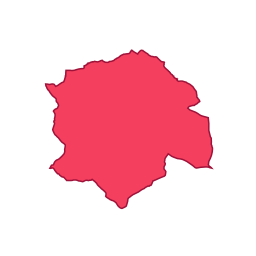 Merghindeal, Sibiu, Romania (Robinson projection), rotated 19°
{"feature_id": "2599482B74262616140775", "entity_name": "Merghindeal", "entity_type": "district", "adm_level": 2, "iso_a3": "ROU", "parent_name": "Romania", "parent_adm1": "Sibiu", "projection": "robinson", "projection_center": [24.738, 45.982], "detail": "fine", "context": "isolated", "style": "filled", "palette": "rose", "viewbox_px": 256, "rotation_deg": 19, "n_neighbors": 0, "source": "geoboundaries", "source_scale": "gbopen_adm2", "svg_char_len": 5682}
<svg xmlns="http://www.w3.org/2000/svg" viewBox="0 0 256 256"><g transform="rotate(19 128 128)"><path d="M87.2,197.6L87.6,197.4L89.6,196.8L91.7,196.0L92.5,195.6L93.4,194.9L95.5,194.2L96.4,194.0L98.7,194.1L99.9,193.8L102.0,193.6L102.7,193.5L103.3,193.0L104.4,191.8L105.2,191.2L106.1,190.8L106.9,190.7L107.5,190.7L107.8,190.6L108.6,190.0L110.2,189.3L110.4,189.0L110.5,188.5L111.0,188.2L111.9,188.7L114.1,189.4L114.8,189.8L116.5,190.6L117.4,191.5L118.8,192.3L121.6,193.5L122.7,194.2L123.5,194.3L126.6,195.6L128.0,196.4L128.3,196.7L128.7,197.5L129.1,199.1L129.1,199.8L129.7,200.2L130.5,200.5L133.3,201.2L133.9,201.3L134.5,201.6L135.2,201.5L136.1,201.7L137.4,201.6L138.4,201.7L141.0,202.5L141.4,202.9L142.8,204.0L143.6,204.7L145.1,205.5L146.1,205.9L147.5,206.1L148.4,206.0L148.8,205.7L151.0,203.5L151.5,202.9L151.8,202.2L151.6,198.4L151.5,197.2L151.2,196.0L151.0,194.9L151.1,194.5L151.6,193.5L152.5,192.2L152.9,191.5L154.4,189.4L158.9,184.9L159.1,184.5L160.5,182.6L160.7,182.3L161.0,181.9L162.5,180.4L163.0,180.0L163.8,178.5L165.0,177.3L165.5,176.6L166.1,176.3L166.9,176.2L167.3,175.3L167.7,175.1L168.2,174.9L168.4,174.7L168.7,173.0L168.8,170.3L168.9,169.7L169.5,169.5L170.0,168.9L170.9,168.2L171.9,167.2L173.9,165.3L175.4,164.0L177.2,162.4L177.8,162.0L178.6,160.7L178.5,159.5L178.0,157.0L177.8,156.7L176.6,155.8L175.9,155.5L175.2,154.6L175.1,154.1L174.7,153.0L174.8,152.1L175.0,151.2L175.0,150.4L174.9,149.9L174.7,149.3L173.6,148.4L173.5,148.2L173.3,146.5L173.0,145.4L173.0,144.6L173.5,142.5L174.2,140.4L174.4,139.3L174.6,139.3L175.4,139.6L178.5,140.5L180.6,140.7L184.7,140.8L187.0,140.3L189.1,140.0L190.5,140.0L193.2,140.3L194.6,140.5L200.1,142.0L201.9,142.6L204.4,143.6L205.1,143.6L205.9,143.5L209.5,141.5L214.4,139.4L216.7,138.8L217.2,138.8L217.8,138.9L220.2,138.7L219.7,138.4L218.6,138.0L216.8,137.5L216.5,137.0L216.3,136.8L215.9,136.6L215.7,135.2L215.3,133.6L215.4,132.2L215.7,129.9L215.8,126.5L215.6,124.9L215.4,123.0L214.7,120.2L214.3,119.3L213.2,117.9L213.0,117.4L212.4,116.7L212.0,116.3L211.3,113.8L210.3,111.4L210.1,110.7L209.9,110.4L208.7,109.4L205.2,104.0L202.9,97.3L200.5,92.1L194.7,92.5L193.3,92.5L191.7,92.3L189.0,91.5L187.7,91.3L186.9,91.1L180.6,90.8L178.9,90.1L178.1,89.9L178.2,89.1L178.5,88.4L179.0,87.6L181.3,86.0L181.7,85.6L182.0,85.6L182.3,85.4L182.8,85.3L183.1,85.2L183.4,85.0L183.6,84.7L183.7,84.4L184.1,83.8L185.4,82.5L185.6,82.0L185.9,81.5L186.1,80.9L186.3,80.6L187.0,80.0L187.2,79.6L187.2,79.4L185.9,78.1L184.3,77.3L184.0,76.9L183.9,76.7L183.1,76.5L183.0,76.4L182.4,74.5L182.0,74.0L181.8,73.5L181.6,73.2L180.9,71.7L180.2,70.9L178.4,69.8L176.0,67.9L174.2,67.2L172.1,66.5L169.4,66.2L168.6,66.0L167.9,65.7L166.8,65.9L164.8,65.9L164.0,66.0L162.7,66.4L161.5,66.9L160.7,67.4L160.4,67.4L158.7,66.8L158.5,66.6L158.8,66.0L158.8,65.8L158.8,65.7L158.3,65.7L158.1,65.4L157.4,65.8L156.9,65.7L156.5,65.5L155.7,65.5L155.4,65.4L155.4,65.2L155.0,64.9L154.2,64.4L154.2,64.1L153.3,64.0L152.9,63.7L152.7,63.4L152.2,63.2L151.4,63.0L150.8,62.8L150.3,62.5L149.9,62.0L149.4,61.8L148.7,61.3L147.9,61.2L147.3,60.7L145.8,60.1L144.8,59.7L142.9,58.8L141.7,57.8L141.4,57.0L141.5,56.6L141.4,55.9L141.2,55.7L141.0,55.1L141.1,54.6L141.1,54.2L140.7,53.9L138.4,54.3L137.9,54.3L136.1,53.6L133.6,52.4L132.4,51.7L131.2,51.6L129.6,52.3L128.7,52.4L128.3,52.3L126.8,52.7L125.9,52.7L125.3,52.5L124.0,52.3L123.2,52.0L122.4,51.4L120.9,51.2L118.1,50.4L117.4,50.3L116.9,49.9L116.5,50.0L115.7,50.0L114.9,50.5L114.3,51.4L113.3,53.7L113.1,54.2L112.9,54.5L113.0,54.9L108.5,54.0L106.3,53.2L106.0,53.3L105.8,53.7L105.9,54.3L105.5,54.9L105.4,56.1L105.1,56.9L104.7,57.3L103.8,57.7L103.4,58.0L102.6,58.3L101.9,58.7L101.2,59.0L100.3,59.5L99.9,59.6L99.6,59.8L99.2,60.4L98.7,60.8L97.9,61.5L96.8,63.1L96.3,64.2L95.8,64.6L95.3,65.3L94.7,65.6L94.5,66.0L94.4,66.4L93.9,66.7L93.4,67.3L93.1,67.7L92.7,68.7L91.7,69.5L90.4,70.5L89.9,70.7L89.5,70.8L88.6,71.3L88.3,72.0L88.1,72.2L87.1,72.7L84.9,73.3L84.6,73.1L83.7,73.1L82.8,73.0L81.8,72.4L81.6,72.4L80.3,73.2L79.7,73.9L79.2,74.3L78.9,74.6L78.1,75.2L77.4,75.5L74.6,75.9L73.8,76.7L72.7,77.0L72.6,77.3L71.8,77.6L71.5,78.0L71.0,78.2L70.9,78.5L70.2,79.3L69.1,79.5L69.0,80.0L69.1,80.4L68.8,80.5L68.5,80.7L68.5,80.8L68.6,81.0L68.5,81.3L67.7,82.3L67.3,82.6L67.0,83.0L66.4,83.4L66.2,83.8L66.8,84.3L66.9,85.5L66.1,86.5L64.4,87.1L61.8,88.5L61.2,89.0L60.5,89.4L58.5,90.9L57.3,91.5L56.1,92.0L54.7,92.3L50.6,93.7L51.2,96.0L52.0,98.5L52.0,98.8L52.2,99.3L52.2,99.5L51.9,99.5L52.1,100.1L52.3,103.3L52.2,103.8L52.3,104.7L52.2,105.2L51.9,105.6L50.6,106.7L49.3,108.4L47.8,110.5L46.1,112.2L44.0,110.8L43.1,110.8L41.8,111.1L41.1,111.6L40.2,112.0L40.0,112.3L38.6,112.6L37.7,112.7L35.8,113.2L36.7,114.9L37.1,115.3L37.7,115.8L38.5,116.8L39.8,117.9L41.4,118.7L42.9,120.0L46.1,122.1L50.2,123.6L50.6,124.0L50.9,124.5L51.1,125.3L51.7,126.4L52.2,126.7L52.7,126.8L53.5,127.4L53.8,127.7L55.0,129.3L55.1,129.7L54.9,130.8L54.8,131.6L54.9,131.9L54.5,132.6L53.5,133.6L53.1,133.8L53.1,134.1L52.5,134.9L52.1,135.6L52.0,136.1L52.0,136.4L52.7,136.9L54.4,138.5L55.0,139.9L55.4,141.9L55.4,142.9L55.8,143.9L56.1,144.4L56.2,144.8L55.6,145.6L55.7,145.8L56.1,146.6L56.4,146.9L57.0,147.3L57.2,148.4L57.2,150.6L57.3,153.9L57.9,154.9L60.3,157.4L61.5,158.3L62.3,158.5L64.1,159.5L65.3,159.9L67.8,161.6L70.1,162.9L72.8,163.7L73.8,164.2L74.1,164.4L74.4,165.1L74.7,166.2L75.1,168.9L75.9,170.8L76.0,173.1L74.7,176.2L73.3,178.9L72.7,179.9L71.6,181.0L70.9,181.6L70.5,182.2L69.9,183.4L69.6,184.6L69.5,186.9L69.1,187.4L68.1,187.9L67.8,188.1L67.6,188.9L67.5,190.0L67.2,191.5L68.1,191.3L69.0,190.6L69.8,190.3L70.5,190.4L71.8,191.1L72.6,191.9L73.9,192.8L75.7,193.8L76.1,194.1L76.4,194.2L76.9,194.0L77.6,194.0L78.9,194.9L81.1,195.6L81.7,195.7L82.7,195.5L83.4,195.5L87.2,197.6Z" fill="#f43f5e" stroke="#9f1239" stroke-width="1.5"/></g></svg>